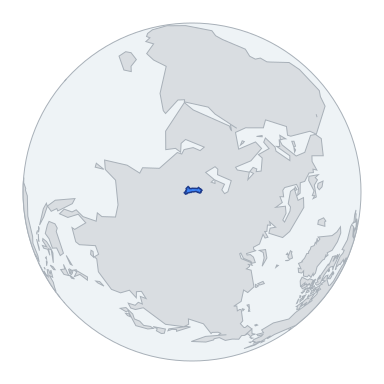 Chardzhou highlighted on a globe, orthographic projection, rotated 135°
{"feature_id": "TKM-359", "entity_name": "Chardzhou", "entity_type": "Province", "adm_level": 1, "iso_a3": "TKM", "parent_name": "Turkmenistan", "parent_adm1": "", "projection": "orthographic", "projection_center": [63.989, 39.075], "detail": "fine", "context": "on_globe", "style": "filled", "palette": "blue", "viewbox_px": 384, "rotation_deg": 135, "n_neighbors": 0, "source": "natural_earth", "source_scale": "10m", "svg_char_len": 12310}
<svg xmlns="http://www.w3.org/2000/svg" viewBox="0 0 384 384"><g transform="rotate(135 192 192)"><circle cx="192" cy="192" r="169" fill="#eef3f6" stroke="#a8b0b8"/><path d="M210.6,24.1L213.1,24.4L219.7,27.1L234.5,33.0L242.6,35.0L238.1,34.8L255.7,39.3L266.0,44.5L252.3,38.7L249.3,38.2L255.1,41.5L253.3,41.8L255.1,43.7L252.4,43.9L244.6,40.9L242.7,41.1L247.0,43.5L246.9,45.5L240.9,41.9L240.3,45.2L227.1,41.9L213.3,33.7L203.9,33.6L183.9,30.3L183.6,31.4L175.8,31.5L172.6,33.0L169.8,32.3L169.6,34.2L172.8,34.5L173.7,35.5L172.1,36.5L168.3,35.7L168.5,35.1L166.6,35.5L165.4,34.7L165.0,35.7L160.6,34.9L162.5,37.3L156.9,38.0L154.7,37.1L158.1,35.1L161.5,29.3L160.3,28.5L155.1,28.9L138.4,33.7L135.7,34.0L129.6,35.9L129.6,36.4L134.3,35.3L132.8,37.2L138.7,36.0L139.0,36.8L143.8,36.8L139.5,39.2L132.8,41.7L128.6,42.0L125.5,43.2L126.6,45.2L116.0,48.3L104.3,55.3L101.9,56.1L102.4,53.1L109.7,47.0L110.4,44.7L106.3,48.8L100.5,51.5L98.0,53.2L96.3,54.8L97.1,54.9L94.3,56.6L97.3,52.7L99.8,51.1L98.9,52.2L102.2,49.6L104.2,47.7L101.1,49.6L102.5,48.7L113.3,42.5L124.7,37.0L136.4,32.5L148.4,28.8L160.6,26.0L173.0,24.1L185.5,23.2L198.1,23.1L210.6,24.1ZM213.9,24.5L214.8,24.6L211.7,24.2L213.9,24.5ZM221.5,26.1L218.9,25.6L219.1,25.4L220.6,25.7L221.5,26.1ZM248.8,36.7L245.4,35.2L249.3,36.6L248.8,36.7ZM255.8,43.9L257.4,44.3L257.6,45.2L255.8,43.9ZM145.8,35.6L144.8,36.2L144.4,35.8L145.8,35.6ZM148.8,35.1L149.1,34.3L150.6,33.9L150.4,34.4L148.8,35.1ZM253.7,46.4L253.7,47.8L252.4,45.8L253.7,46.4ZM148.1,36.2L153.2,33.5L155.7,33.0L157.2,34.6L148.1,36.2ZM252.8,48.3L252.8,52.3L256.2,53.4L246.5,52.8L249.7,49.4L247.6,46.6L250.6,48.3L252.8,48.3ZM174.5,34.2L171.0,33.9L175.4,33.2L174.5,34.2ZM177.0,33.6L189.1,31.0L193.3,32.3L188.4,32.7L195.2,33.9L191.3,35.8L186.7,35.6L184.8,34.3L184.8,36.0L177.0,33.6ZM241.1,52.1L240.0,52.7L239.7,51.5L241.1,52.1ZM174.4,35.9L176.5,35.1L180.3,36.1L176.9,37.8L176.8,36.9L174.4,35.9ZM198.8,33.5L201.1,34.7L198.5,36.5L199.1,37.2L191.6,36.0L198.8,33.5ZM175.1,37.2L175.1,38.7L171.8,39.3L172.7,36.7L175.1,37.2ZM182.8,35.7L184.4,36.3L182.4,36.5L182.8,35.7ZM160.1,42.5L162.5,41.3L164.7,41.7L160.1,42.5ZM175.3,39.3L176.4,39.1L177.6,39.2L176.9,40.3L175.3,39.3ZM190.3,37.4L188.8,38.0L193.3,38.0L191.6,39.6L186.9,38.5L188.2,39.6L187.7,40.1L184.4,38.8L190.3,37.4ZM179.6,41.8L173.1,41.3L168.2,43.3L166.1,43.0L174.3,39.9L179.6,41.8ZM182.7,40.1L180.3,41.0L178.9,40.0L179.7,38.7L182.7,40.1ZM192.1,41.1L195.9,39.0L196.8,39.3L192.1,41.1ZM178.5,42.5L180.1,42.6L178.3,42.8L178.5,42.5ZM188.2,41.7L189.5,40.8L190.4,41.2L188.2,41.7ZM182.3,43.7L180.1,43.5L180.6,42.5L182.3,43.7ZM185.2,42.9L186.3,43.7L182.0,42.3L185.6,42.5L185.2,42.9ZM189.0,42.2L189.9,42.1L188.3,42.5L189.0,42.2ZM181.7,47.5L176.3,46.1L177.3,43.9L182.5,45.6L181.7,47.5ZM29.4,202.5L30.3,173.7L33.8,168.6L37.2,158.6L63.2,145.0L65.7,151.6L82.7,161.6L84.3,164.6L78.9,171.5L89.0,191.0L96.2,186.9L108.7,199.5L119.1,203.4L128.7,189.3L111.7,182.5L112.0,173.6L128.3,172.4L143.7,178.7L144.4,175.5L137.4,165.5L143.8,161.2L135.3,161.6L136.7,165.6L131.4,166.2L129.9,162.5L132.2,161.0L128.3,157.9L118.3,166.4L118.6,171.5L106.8,168.2L106.1,176.5L101.9,178.3L101.5,165.1L103.7,161.5L100.6,145.0L97.2,148.5L99.9,164.4L97.8,162.1L93.2,167.6L95.0,161.5L92.9,143.8L84.2,140.3L68.1,148.2L64.0,145.4L62.8,138.4L73.6,124.8L81.6,132.8L85.5,128.7L88.2,119.2L90.3,122.6L92.4,119.9L95.8,122.7L104.8,119.8L108.9,122.0L116.4,114.7L119.6,115.0L114.2,119.1L112.7,123.5L123.3,129.6L126.6,129.0L130.6,123.8L133.1,126.5L135.6,120.7L143.7,122.0L136.0,115.9L140.6,110.4L147.6,108.0L147.8,105.3L136.2,109.2L132.9,111.8L132.2,115.7L121.9,122.8L117.3,122.1L122.9,111.1L117.1,109.2L123.9,102.0L150.9,95.0L160.1,95.7L166.8,108.5L162.3,111.2L157.7,107.9L158.2,116.1L160.0,112.9L162.0,115.3L166.9,111.2L168.5,112.7L170.3,106.3L172.9,107.8L171.7,111.8L181.1,107.5L187.6,109.5L188.9,107.8L188.5,105.5L197.0,109.9L197.6,108.5L195.0,106.5L194.6,102.5L197.1,97.4L199.9,99.2L199.4,101.3L202.5,108.7L200.6,114.3L202.0,114.6L204.3,110.1L200.5,101.1L201.2,97.6L203.7,101.5L202.9,99.8L204.1,98.6L207.9,99.2L205.5,94.9L215.3,81.1L223.7,81.5L224.8,86.2L234.6,79.9L243.3,81.7L240.9,79.7L244.0,75.9L241.3,75.2L240.4,74.0L247.2,65.0L250.9,64.7L251.1,59.4L249.9,58.5L247.2,58.4L246.5,52.8L256.2,53.4L258.5,55.4L263.0,54.8L267.5,59.5L273.4,63.5L275.6,69.7L280.1,72.6L281.3,72.1L288.3,76.1L298.2,86.8L284.5,80.3L268.6,66.7L274.6,72.2L271.6,71.8L272.7,74.4L277.1,78.5L278.6,78.4L277.1,90.7L284.3,104.8L287.9,100.8L293.0,102.5L304.3,117.2L308.3,144.6L315.1,148.9L317.4,153.3L315.7,158.5L312.3,152.1L308.0,152.0L306.3,147.9L302.4,154.7L299.8,149.1L298.0,157.5L301.8,160.8L306.2,156.6L305.7,166.8L313.8,171.2L317.8,180.1L314.6,201.8L306.7,212.0L306.8,215.2L302.1,214.0L298.2,222.3L308.9,234.4L309.4,239.0L302.0,251.7L301.4,248.5L288.9,245.3L288.2,256.8L297.8,261.8L301.1,270.3L294.5,270.2L290.9,262.7L286.5,261.3L286.5,251.7L280.4,239.1L273.7,244.2L273.1,238.3L263.8,228.4L253.4,235.2L237.7,254.4L237.4,269.2L231.2,276.4L218.9,256.8L215.6,242.3L209.8,244.1L198.3,231.8L174.5,230.3L172.4,226.1L167.6,227.6L159.8,222.6L157.0,215.5L151.6,215.1L159.4,233.7L165.3,234.1L171.9,228.2L172.8,234.5L180.6,240.5L167.6,253.7L134.2,260.6L133.1,249.1L118.9,212.2L120.5,208.9L120.6,208.4L120.5,207.6L117.0,212.8L115.3,205.4L120.6,230.8L120.5,240.5L133.7,261.2L132.0,262.5L136.9,267.0L155.2,266.2L154.8,269.8L144.9,284.3L121.4,299.1L125.8,312.4L126.2,321.9L114.4,323.9L118.3,331.0L112.7,330.8L114.2,334.1L111.3,335.5L105.3,334.7L92.1,327.3L89.0,324.1L78.9,314.2L63.9,292.0L64.8,285.8L62.6,278.2L53.3,255.3L55.2,247.2L53.3,241.2L49.0,238.4L47.0,231.1L44.7,228.5L31.8,214.9L29.4,202.5ZM50.7,156.5L49.2,159.2L50.7,156.5ZM157.8,193.6L168.5,196.2L167.5,185.2L171.5,185.4L169.7,181.8L167.3,184.4L163.5,174.5L169.4,172.4L170.1,167.8L166.5,166.8L156.2,172.3L161.7,186.2L157.6,189.9L157.8,193.6ZM100.3,51.7L100.0,52.0L97.8,53.8L98.0,53.3L100.3,51.7ZM93.0,60.9L88.7,63.4L91.9,61.0L91.4,60.5L97.4,55.4L101.0,56.2L98.3,56.6L93.0,60.9ZM106.5,49.2L102.3,52.1L106.8,49.0L106.5,49.2ZM100.4,103.6L100.1,106.6L96.8,108.9L91.6,107.1L96.4,103.7L100.4,103.6ZM100.6,110.4L107.6,100.6L111.1,101.7L107.9,102.7L109.5,104.4L104.9,106.5L101.4,117.6L98.2,120.4L90.4,114.9L94.7,115.0L94.7,111.9L100.6,110.4ZM119.2,77.1L122.3,73.8L125.9,80.2L122.6,82.6L117.2,80.7L117.9,76.8L119.2,77.1ZM149.7,39.9L150.6,39.0L151.7,39.1L151.7,40.0L149.7,39.9ZM161.0,41.9L146.7,44.6L147.0,43.5L138.2,46.9L135.7,45.5L141.5,43.2L132.9,44.9L137.1,42.4L131.2,43.9L144.4,39.1L147.9,37.2L145.0,39.8L147.2,41.1L149.2,41.1L157.5,39.8L166.0,36.7L169.6,37.8L169.8,39.5L168.3,40.4L166.5,39.3L165.8,41.3L162.0,40.4L161.0,41.9ZM170.7,63.1L169.2,60.6L167.2,66.2L163.3,64.6L163.3,65.4L159.2,65.6L154.3,67.3L153.0,66.2L151.6,67.4L148.9,67.8L146.6,69.1L143.5,67.7L140.4,69.2L140.7,67.7L136.2,70.8L138.2,67.9L134.8,68.3L134.7,71.0L123.8,62.1L117.8,61.3L111.6,62.4L115.8,57.8L124.3,54.0L134.1,51.7L139.4,53.4L140.4,51.2L143.2,51.5L141.2,53.1L145.9,50.8L147.7,51.5L156.4,50.7L162.0,47.4L165.3,47.1L164.0,48.8L168.3,47.5L168.1,50.6L170.5,50.5L172.6,53.8L168.8,57.3L171.7,57.1L173.5,59.8L170.7,63.1ZM182.1,48.5L178.4,52.6L174.4,53.9L172.3,47.8L170.1,47.4L168.6,43.9L174.4,42.2L174.3,43.3L175.5,44.0L173.2,44.2L176.0,44.6L176.0,46.2L178.1,47.0L176.3,48.0L182.1,48.5ZM88.1,163.3L89.7,164.8L92.6,166.3L89.8,170.0L88.1,163.3ZM86.4,151.2L88.2,151.8L85.6,157.3L84.0,155.8L86.4,151.2ZM91.3,147.6L88.5,151.4L89.0,148.5L91.3,147.6ZM116.0,119.5L118.2,120.0L117.5,121.4L115.4,122.7L116.0,119.5ZM163.9,80.9L163.6,78.9L164.8,78.6L167.6,74.3L170.7,75.4L170.2,78.3L163.9,80.9ZM124.6,190.9L120.3,192.7L119.3,190.7L121.0,190.4L124.6,190.9ZM103.3,181.4L107.1,185.7L102.5,182.4L103.3,181.4ZM167.7,81.3L168.5,79.4L169.5,81.1L167.7,81.3ZM173.0,75.9L174.6,77.6L171.3,75.0L173.0,75.9ZM201.6,360.6L204.0,360.5L201.0,360.7L201.6,360.6ZM153.9,326.4L147.5,339.7L139.7,338.1L136.6,333.6L137.7,325.0L146.2,324.0L149.8,320.1L153.9,326.4ZM328.4,274.1L331.2,272.2L331.0,272.8L328.4,274.1ZM325.6,274.5L329.0,272.0L324.8,276.3L325.6,274.5ZM330.3,271.0L333.8,267.1L335.3,264.9L334.8,266.3L330.3,271.0ZM323.2,276.4L308.9,285.3L302.9,287.0L304.6,284.1L314.3,279.3L323.2,276.4ZM304.1,284.3L294.5,282.9L279.4,270.1L284.9,268.4L300.3,273.5L299.3,275.9L305.2,277.9L304.1,284.3ZM326.1,260.1L325.1,266.4L317.5,271.0L313.9,272.3L311.4,266.4L312.8,261.8L315.9,260.1L326.2,239.6L330.1,240.2L327.3,248.1L330.4,251.0L326.1,260.1ZM238.3,270.4L242.9,278.0L239.3,280.0L238.3,270.4ZM329.2,227.0L325.8,236.1L328.5,225.2L329.2,227.0ZM330.1,217.7L330.9,220.5L328.8,218.9L330.1,217.7ZM307.8,219.6L304.6,222.2L304.0,220.0L307.7,215.4L307.8,219.6ZM320.8,187.7L322.9,194.4L323.0,197.1L320.6,194.0L320.8,187.7ZM194.9,89.9L187.6,94.4L184.4,98.9L185.7,103.1L180.7,99.3L185.7,92.4L194.9,89.9ZM212.5,81.9L211.3,78.6L213.9,79.0L214.5,79.8L212.5,81.9ZM210.3,80.6L205.0,78.6L205.6,76.1L209.7,78.2L210.3,80.6ZM186.1,79.4L183.7,80.5L182.9,79.0L186.1,79.4ZM306.9,315.9L303.9,318.6L300.7,321.1L304.4,317.6L307.1,312.0L308.4,311.2L311.2,305.7L325.2,291.0L336.2,273.2L340.7,268.3L346.1,255.8L349.7,250.3L346.8,258.6L348.2,256.5L343.1,267.6L337.3,278.2L330.7,288.4L323.5,298.1L315.5,307.3L306.9,315.9ZM350.6,250.3L354.7,237.1L354.0,239.9L350.6,250.3ZM335.2,268.6L339.5,260.8L341.4,258.4L335.2,268.6ZM357.4,226.3L355.5,234.0L352.4,240.9L353.6,236.6L353.6,233.7L349.3,239.5L348.5,238.3L350.4,234.0L347.0,236.6L350.8,230.2L351.9,233.5L353.9,226.2L356.5,221.9L358.3,218.2L359.0,217.6L358.5,220.3L358.5,220.7L357.4,226.3ZM350.0,242.0L350.6,241.1L349.8,243.5L350.0,242.0ZM359.4,214.7L359.3,215.6L359.9,210.8L359.4,214.7ZM360.5,204.6L360.5,204.4L360.6,203.5L360.5,204.6ZM342.3,247.4L342.1,249.1L341.0,249.2L342.3,247.4ZM343.9,244.9L347.0,242.6L343.5,246.5L343.9,244.9ZM332.4,250.7L333.6,253.3L337.3,247.7L334.5,253.5L336.6,257.1L335.6,260.0L333.5,256.0L332.1,263.2L330.4,264.5L329.9,259.8L331.8,251.5L333.5,247.2L340.1,240.0L332.4,250.7ZM344.0,240.6L343.1,237.3L343.7,233.8L344.7,234.9L344.0,240.6ZM339.7,230.0L336.4,227.5L334.1,231.7L338.2,220.0L340.8,224.3L339.7,230.0ZM336.0,221.0L333.8,224.9L335.6,218.5L336.0,221.0ZM332.9,223.7L332.0,220.4L334.1,219.2L332.9,223.7ZM337.2,220.0L336.6,213.6L338.1,216.3L337.2,220.0ZM329.6,213.0L335.0,215.4L329.0,217.4L326.0,205.8L328.3,203.6L329.6,213.0ZM324.8,153.2L322.6,150.3L323.9,147.6L325.0,150.3L324.8,153.2ZM326.2,137.2L323.6,145.9L321.1,153.4L323.2,153.7L325.0,160.5L320.4,157.0L320.2,147.6L322.5,143.0L320.3,137.6L320.5,131.9L316.5,126.4L315.7,122.8L320.1,126.4L326.2,137.2ZM314.6,124.3L307.7,113.9L311.4,111.7L313.7,113.5L315.3,119.1L313.3,119.9L314.6,124.3ZM307.1,110.9L305.1,111.6L290.6,100.4L288.5,97.6L301.4,104.4L300.2,105.6L303.1,108.9L307.1,110.9ZM241.7,53.5L240.1,52.8L241.9,52.8L241.7,53.5ZM238.9,73.8L238.0,72.1L240.0,72.0L238.9,73.8ZM236.5,67.7L234.8,68.9L235.4,66.8L236.5,67.7ZM231.3,72.1L233.6,69.1L233.1,73.1L231.3,72.1Z" fill="#d9dde1" stroke="#a8b0b8" stroke-width="1"/><path d="M197.1,196.9L196.9,196.8L196.4,196.6L196.2,196.4L196.1,196.5L195.9,196.5L195.8,196.8L195.8,197.0L195.7,197.2L195.6,197.3L194.5,197.4L194.3,197.5L193.9,197.7L193.9,197.8L193.8,198.0L193.9,198.3L193.7,198.6L193.2,198.6L192.7,198.6L192.1,198.6L191.5,198.6L190.9,198.6L190.8,197.1L191.0,197.0L191.1,196.8L191.4,196.4L191.0,195.9L190.2,195.0L190.1,194.9L189.5,194.7L189.3,194.6L189.1,194.4L188.4,193.6L186.5,191.6L186.1,191.1L185.8,190.7L185.7,190.6L185.3,190.6L184.2,190.6L184.1,190.1L184.1,189.1L184.1,188.2L183.7,188.1L183.7,186.2L185.3,186.2L185.4,185.6L185.6,185.6L185.8,185.7L185.9,185.8L186.0,185.8L186.1,185.7L186.3,185.4L186.6,185.4L186.8,185.5L187.3,185.9L187.4,186.0L187.5,186.2L187.5,186.3L187.5,186.5L187.6,186.9L187.6,187.1L187.8,187.2L187.8,187.3L187.8,187.5L188.0,187.7L188.0,187.8L188.3,187.9L188.3,188.0L188.4,188.3L188.4,188.5L188.5,188.7L188.5,188.8L188.5,189.0L188.7,189.4L188.8,189.6L189.1,189.8L189.4,190.0L189.8,190.3L190.5,190.8L190.8,191.0L191.0,191.2L191.2,191.5L191.4,191.7L191.6,191.8L191.9,192.1L192.3,192.3L192.5,192.4L192.8,192.3L193.0,192.6L193.5,193.0L193.8,193.1L194.1,193.3L194.3,193.4L194.6,193.6L194.8,193.8L195.1,194.0L195.4,194.2L195.7,194.4L195.9,194.5L196.1,194.5L196.1,194.4L196.3,194.3L196.6,194.4L196.8,194.4L196.8,194.5L197.0,194.6L197.3,194.7L197.4,194.9L197.6,195.0L197.9,195.0L198.0,195.0L198.1,195.4L198.0,195.6L197.9,195.7L197.9,195.8L197.9,196.1L197.9,196.4L197.9,196.5L198.0,196.7L197.9,196.8L197.9,197.0L197.7,197.1L197.4,197.1L197.2,196.9L197.1,196.9Z" fill="#3b82f6" stroke="#1e3a8a" stroke-width="1.5"/></g></svg>